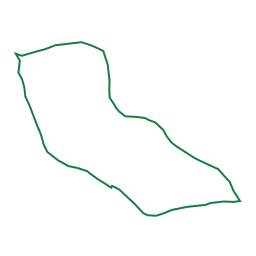 the district of Egor, Edo, Nigeria, rotated 264°
{"feature_id": "59680162B99535636657731", "entity_name": "Egor", "entity_type": "district", "adm_level": 2, "iso_a3": "NGA", "parent_name": "Nigeria", "parent_adm1": "Edo", "projection": "orthographic", "projection_center": [5.585, 6.346], "detail": "fine", "context": "isolated", "style": "outline", "palette": "green", "viewbox_px": 256, "rotation_deg": 264, "n_neighbors": 0, "source": "geoboundaries", "source_scale": "gbopen_adm2", "svg_char_len": 1068}
<svg xmlns="http://www.w3.org/2000/svg" viewBox="0 0 256 256"><g transform="rotate(264 128 128)"><path d="M213.5,24.2L206.5,27.4L200.0,26.1L194.5,24.8L187.7,27.7L179.5,29.1L170.0,29.2L161.8,32.1L150.9,35.0L139.9,37.9L130.4,40.8L120.8,42.3L112.7,45.2L103.1,55.1L96.3,64.9L93.6,73.4L89.3,83.0L86.9,85.2L80.2,92.7L76.0,98.2L70.4,105.0L72.1,106.1L67.8,112.8L59.6,119.9L51.4,127.0L50.9,127.4L41.9,134.1L39.2,138.3L37.8,146.7L39.2,153.7L42.0,163.5L43.4,178.8L43.4,188.6L43.4,197.0L44.8,202.6L44.9,215.2L43.5,225.1L43.6,231.8L54.5,226.3L64.0,223.5L69.5,219.2L77.6,213.5L88.5,195.2L91.2,191.0L104.8,174.1L106.0,172.9L108.9,169.8L115.8,165.6L122.6,162.7L130.7,155.6L133.5,150.0L136.2,145.8L137.2,141.6L137.7,139.5L138.2,137.2L139.9,126.5L145.4,120.9L148.9,118.4L151.9,117.2L160.0,113.0L167.5,113.3L177.1,114.6L178.7,114.6L179.5,114.5L184.7,114.5L185.3,114.5L189.7,114.5L193.5,114.4L200.3,112.9L207.1,111.5L209.8,107.3L213.9,100.2L218.2,90.8L217.9,68.0L217.9,64.6L215.1,54.0L213.7,45.6L212.3,37.2L210.9,30.2L213.5,24.2Z" fill="none" stroke="#15803d" stroke-width="2"/></g></svg>